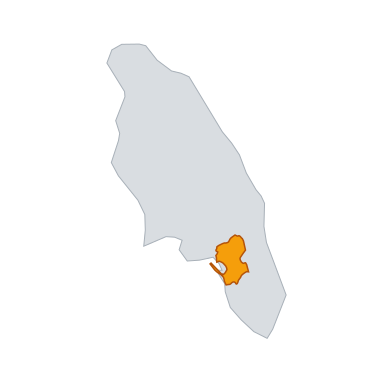 Jamaica, with Saint Andrew highlighted, rotated 50°
{"feature_id": "JAM-1382", "entity_name": "Saint Andrew", "entity_type": "Parish", "adm_level": 1, "iso_a3": "JAM", "parent_name": "Jamaica", "parent_adm1": "", "projection": "natural_earth1", "projection_center": [-76.765, 18.048], "detail": "fine", "context": "in_parent", "style": "filled", "palette": "amber", "viewbox_px": 384, "rotation_deg": 50, "n_neighbors": 0, "source": "natural_earth", "source_scale": "10m", "svg_char_len": 2057}
<svg xmlns="http://www.w3.org/2000/svg" viewBox="0 0 384 384"><g transform="rotate(50 192 192)"><path d="M194.1,131.8L212.4,138.2L231.4,141.5L239.5,141.6L247.3,143.7L264.6,159.0L278.5,167.4L331.4,186.1L349.0,218.4L352.4,228.5L338.7,234.4L321.5,236.5L305.1,236.9L289.9,230.7L283.2,225.9L267.4,223.7L271.3,219.3L264.3,217.3L255.5,217.8L249.0,230.1L241.8,240.0L228.0,239.0L222.6,230.6L215.4,234.4L209.5,240.6L202.5,263.8L191.2,252.3L178.9,242.6L163.5,238.7L132.3,238.0L117.6,234.9L105.4,215.3L100.6,209.7L88.3,204.6L76.0,182.2L71.7,179.1L38.5,174.3L31.6,162.0L33.7,150.9L44.8,137.3L50.2,133.4L68.6,134.0L86.1,129.9L93.9,124.1L101.9,120.2L165.4,130.1L180.1,130.2L194.1,131.8Z" fill="#d9dde1" stroke="#a8b0b8" stroke-width="1"/><path d="M261.7,218.1L260.7,217.5L258.0,215.5L256.0,214.5L255.5,212.4L254.5,210.8L254.1,210.9L253.3,211.3L252.9,211.4L252.5,211.4L252.2,211.2L251.9,211.0L251.7,210.6L251.4,209.8L251.3,209.5L251.1,209.3L250.0,208.2L250.0,207.2L250.2,205.6L251.1,202.0L251.6,200.6L252.1,199.6L252.4,199.4L252.7,199.1L252.9,198.7L253.1,198.4L253.6,197.1L253.7,196.4L253.5,195.5L252.5,193.2L252.3,192.1L252.2,191.4L252.6,186.7L254.6,185.8L255.0,185.5L255.3,185.0L255.5,184.5L255.7,184.1L256.3,183.8L257.2,183.6L259.1,183.6L260.0,183.4L262.5,184.0L270.9,188.4L271.8,192.1L271.9,192.5L273.2,197.0L273.4,197.3L273.8,198.0L274.4,198.4L275.4,198.8L277.3,199.2L278.9,198.9L279.6,198.6L279.9,198.0L280.2,197.2L280.4,196.8L280.7,196.5L282.7,196.8L289.5,200.0L288.1,201.4L287.9,202.6L287.7,204.0L287.6,206.7L287.8,207.8L288.1,208.8L288.6,209.6L289.4,212.9L289.7,213.5L290.8,215.2L291.2,216.2L291.2,216.8L291.0,217.2L290.6,217.3L289.1,217.1L288.5,217.3L287.9,217.6L287.2,218.7L287.1,219.7L287.2,221.4L287.1,222.2L286.9,222.7L286.0,224.0L285.1,225.6L280.9,224.5L279.8,223.7L277.5,222.7L274.3,222.9L268.9,224.4L266.5,224.7L258.7,224.4L258.7,223.1L275.2,222.0L274.6,221.3L275.4,220.8L275.2,218.5L274.0,215.2L272.5,214.3L270.3,213.7L266.4,213.9L265.1,214.3L263.6,215.0L262.4,215.8L262.2,216.5L261.7,218.1Z" fill="#f59e0b" stroke="#b45309" stroke-width="1.5"/></g></svg>